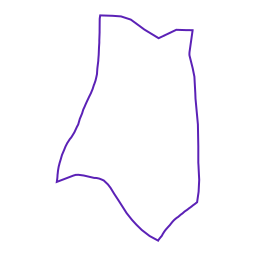 outline of Hat, Al Mahrah, Yemen
{"feature_id": "15242507B17941061209277", "entity_name": "Hat", "entity_type": "district", "adm_level": 2, "iso_a3": "YEM", "parent_name": "Yemen", "parent_adm1": "Al Mahrah", "projection": "orthographic", "projection_center": [51.804, 17.432], "detail": "fine", "context": "isolated", "style": "outline", "palette": "violet", "viewbox_px": 256, "rotation_deg": 0, "n_neighbors": 0, "source": "geoboundaries", "source_scale": "gbopen_adm2", "svg_char_len": 2685}
<svg xmlns="http://www.w3.org/2000/svg" viewBox="0 0 256 256"><path d="M56.8,181.9L63.1,179.5L73.3,175.6L75.6,174.9L78.4,174.8L83.7,175.5L88.9,176.7L94.1,177.9L96.6,178.0L99.3,178.6L101.8,179.6L103.8,180.5L106.0,182.6L107.9,184.4L110.5,187.8L114.3,194.0L118.9,201.0L126.6,213.1L132.0,219.9L136.4,224.7L141.8,230.0L149.6,236.0L158.1,240.6L158.2,240.4L158.4,240.0L158.7,239.7L159.0,239.3L159.3,238.9L159.5,238.6L159.8,238.2L160.1,237.9L160.4,237.5L160.7,237.2L160.9,236.8L161.2,236.6L161.5,236.3L161.7,235.9L162.0,235.5L162.2,235.1L162.4,234.7L162.6,234.3L162.8,234.0L163.0,233.6L163.2,233.3L163.5,232.9L163.7,232.5L164.0,232.1L164.2,231.7L164.5,231.4L164.7,231.0L165.0,230.6L165.3,230.3L165.6,229.8L165.9,229.5L166.2,229.1L166.5,228.8L166.8,228.5L167.1,228.1L167.5,227.7L167.8,227.3L168.2,226.9L168.5,226.6L168.8,226.2L169.1,225.9L169.5,225.5L169.8,225.2L170.0,224.9L170.4,224.4L170.8,223.9L171.0,223.6L171.3,223.2L171.7,222.8L171.9,222.5L172.2,222.1L172.5,221.8L172.8,221.4L173.2,221.0L173.5,220.7L173.8,220.3L174.3,219.9L174.6,219.6L174.9,219.3L175.1,219.2L175.6,218.7L175.9,218.5L176.3,218.2L176.6,217.9L177.1,217.6L177.5,217.3L177.9,217.1L178.3,216.8L178.6,216.5L179.0,216.2L179.3,215.9L179.7,215.6L180.0,215.3L180.3,215.0L180.7,214.7L181.1,214.4L181.5,214.1L181.9,213.8L182.3,213.6L182.7,213.2L183.1,212.9L183.4,212.6L183.7,212.3L184.1,212.0L184.4,211.7L184.7,211.4L185.1,211.2L185.7,210.8L186.2,210.4L186.8,210.1L187.2,209.7L187.6,209.5L187.9,209.2L188.3,208.9L188.6,208.7L188.9,208.4L189.3,208.1L189.7,207.8L190.1,207.6L190.5,207.3L190.9,207.0L191.2,206.7L191.6,206.5L192.0,206.1L192.3,205.9L192.6,205.6L193.0,205.3L193.3,205.1L193.7,204.8L194.0,204.6L194.4,204.3L194.8,204.0L195.1,203.8L195.5,203.5L195.8,203.2L196.2,202.9L196.4,202.8L196.5,202.7L196.9,202.4L197.1,202.2L198.6,191.8L199.2,179.9L198.7,170.0L198.5,165.7L198.3,162.6L198.3,146.2L197.9,124.4L195.5,98.6L195.3,93.3L194.4,76.7L192.7,68.3L189.5,55.5L189.4,54.2L189.5,52.2L192.6,30.4L192.6,30.2L185.3,30.1L176.3,29.8L158.6,38.2L144.3,29.5L130.8,19.6L121.0,16.4L112.6,15.8L100.2,15.4L99.8,18.0L99.7,19.0L99.7,19.5L99.6,29.7L99.6,32.2L99.6,32.4L99.3,40.3L99.3,42.8L99.0,47.4L98.7,54.8L98.3,59.8L98.3,60.7L97.4,68.0L97.3,69.1L97.0,73.8L96.9,74.5L96.2,77.7L95.5,80.6L94.3,84.1L94.0,84.7L92.6,89.1L91.3,92.2L91.0,93.0L89.2,96.6L86.9,101.5L85.4,104.8L84.7,106.5L84.1,107.8L83.3,109.5L83.1,110.1L82.1,113.4L80.1,118.2L79.9,118.6L78.2,124.5L76.9,126.9L74.4,132.3L72.7,135.1L71.2,137.5L69.9,139.0L67.3,143.0L65.5,146.5L64.1,150.0L62.0,154.9L61.2,157.7L60.8,159.1L59.5,163.4L59.3,164.3L58.7,166.6L58.5,167.7L58.0,170.7L57.7,173.6L57.5,175.1L57.5,175.9L57.3,178.3L56.8,181.9Z" fill="none" stroke="#5b21b6" stroke-width="2"/></svg>